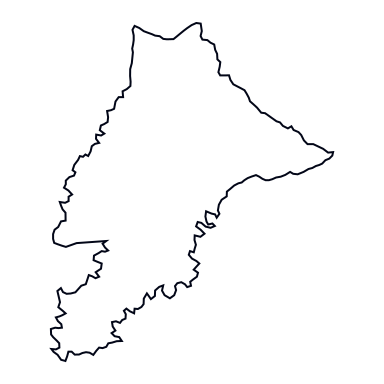 Palma Sola, Santa Catarina, Brazil
{"feature_id": "56859067B30119387857874", "entity_name": "Palma Sola", "entity_type": "district", "adm_level": 2, "iso_a3": "BRA", "parent_name": "Brazil", "parent_adm1": "Santa Catarina", "projection": "orthographic", "projection_center": [-53.322, -26.383], "detail": "fine", "context": "isolated", "style": "outline", "palette": "ink", "viewbox_px": 384, "rotation_deg": 0, "n_neighbors": 0, "source": "geoboundaries", "source_scale": "gbopen_adm2", "svg_char_len": 3564}
<svg xmlns="http://www.w3.org/2000/svg" viewBox="0 0 384 384"><path d="M132.5,29.8L133.7,35.4L133.7,40.1L133.1,44.4L132.2,48.6L132.9,52.3L132.5,56.3L131.8,63.2L130.2,69.1L130.1,76.0L130.6,81.8L130.4,86.0L126.8,89.1L122.6,91.3L123.1,97.1L118.7,97.1L115.5,101.5L114.1,108.8L111.0,110.2L107.1,111.0L108.1,117.2L107.6,122.0L104.1,124.1L100.9,125.5L99.8,130.2L104.3,133.6L101.1,135.5L96.2,134.6L96.0,138.8L99.1,142.9L94.9,143.9L91.8,146.2L90.6,151.4L88.2,156.0L85.4,154.5L83.0,156.8L79.9,156.1L78.1,159.9L74.3,164.9L72.6,170.2L75.4,172.3L74.0,175.6L69.4,177.1L65.8,180.6L65.8,184.3L64.0,187.7L68.4,190.5L72.1,194.5L68.6,196.7L68.6,201.1L65.1,202.8L59.8,202.0L61.0,205.5L62.6,209.4L65.5,212.7L65.6,220.6L61.0,221.4L58.2,227.0L54.6,229.7L53.1,234.1L53.1,238.9L54.2,242.9L57.6,244.2L61.9,245.7L65.9,246.9L76.6,243.1L106.2,241.0L102.6,243.7L105.0,247.5L108.1,250.5L105.0,251.7L101.7,251.1L98.6,253.1L94.0,255.6L93.6,260.2L97.4,261.8L101.7,263.5L101.0,268.7L95.7,272.2L99.1,276.7L95.5,278.2L92.2,276.3L88.8,275.1L87.5,279.1L85.8,284.2L81.3,285.7L78.7,288.6L75.4,292.3L70.7,293.5L66.6,293.8L63.0,292.1L60.9,288.1L57.4,291.0L58.7,296.6L60.0,302.2L58.3,307.2L62.6,310.7L65.6,313.4L62.5,315.1L59.5,316.4L55.9,317.4L57.9,321.1L61.3,324.2L61.9,327.7L58.5,328.1L55.2,327.7L50.9,329.0L51.1,334.5L53.2,337.2L56.8,340.7L59.2,343.2L59.4,347.6L55.9,349.4L51.4,349.0L53.6,351.9L57.6,354.8L61.1,359.8L65.4,361.0L67.1,356.5L68.4,351.7L71.7,351.7L74.7,354.6L79.1,354.5L82.4,353.0L86.0,352.2L89.6,352.7L93.3,354.9L96.2,350.9L99.1,347.6L102.6,348.1L106.3,346.8L108.3,343.3L112.1,342.6L116.7,341.2L121.8,341.0L119.2,337.1L114.6,336.2L111.6,333.1L115.4,330.6L112.7,326.5L112.0,322.1L116.0,321.3L120.0,322.9L122.2,320.0L125.5,318.6L125.8,314.2L123.9,310.8L126.4,308.6L129.9,311.3L134.1,313.3L134.6,308.7L137.9,309.0L141.4,307.0L143.6,304.1L143.8,298.6L146.9,293.4L148.9,296.2L150.9,299.1L154.9,296.0L155.1,290.5L159.2,286.9L163.2,285.4L162.0,290.6L164.6,295.2L169.9,298.3L174.2,295.2L176.1,290.1L175.0,286.1L177.3,283.2L181.3,282.2L185.0,284.3L187.2,287.1L191.0,285.8L190.2,281.8L192.9,279.6L196.9,276.7L198.0,272.7L193.7,269.7L196.1,267.0L199.3,263.5L196.4,261.0L192.0,258.6L188.8,254.8L190.0,251.1L193.8,252.3L194.7,248.6L195.9,244.8L194.5,240.0L194.7,235.4L200.4,236.8L204.5,233.7L200.6,229.7L196.1,226.4L197.7,222.0L201.4,222.9L205.6,226.6L210.6,227.8L214.8,226.0L212.4,223.5L208.2,224.5L206.5,221.5L205.4,216.5L206.1,211.3L211.6,213.6L215.1,214.4L216.7,217.7L219.4,213.8L217.9,210.5L218.9,204.7L221.7,199.7L226.7,196.4L226.9,191.6L230.0,189.1L234.2,185.5L238.4,183.3L241.7,182.5L244.4,180.2L247.7,178.1L251.5,176.6L256.0,175.1L259.3,176.7L262.4,178.8L265.6,180.2L268.9,180.2L272.3,179.2L276.1,177.5L280.7,176.7L285.3,174.9L290.1,171.9L293.2,173.8L297.7,174.3L303.6,171.9L308.5,169.0L312.3,168.0L315.9,166.0L319.2,165.0L322.2,163.6L325.4,160.2L329.3,158.6L332.3,155.6L333.1,152.1L328.1,152.6L323.1,148.8L313.2,144.1L307.5,144.1L303.9,140.4L301.2,135.0L298.5,132.1L293.6,130.0L291.4,126.3L287.9,128.4L282.9,125.9L280.0,122.4L276.5,121.3L265.1,113.2L261.2,112.7L257.1,107.7L253.3,104.2L250.0,101.3L248.8,97.7L246.6,93.6L244.5,90.2L240.6,88.1L237.7,86.6L233.3,84.3L230.4,79.9L229.0,75.3L225.5,75.4L220.2,75.4L218.4,72.2L219.7,66.7L220.3,62.1L217.4,59.4L217.1,53.8L215.2,49.9L214.2,44.5L210.5,42.7L207.4,40.1L202.4,39.6L200.6,36.0L201.8,31.1L200.7,23.6L196.3,23.0L191.6,25.1L187.2,28.1L183.9,30.6L180.1,33.7L176.6,36.6L173.5,39.1L167.0,39.3L163.3,38.9L159.7,36.2L155.1,35.6L152.0,34.2L147.8,32.7L143.8,31.2L139.3,28.0L134.6,25.9L132.5,29.8Z" fill="none" stroke="#020617" stroke-width="2"/></svg>